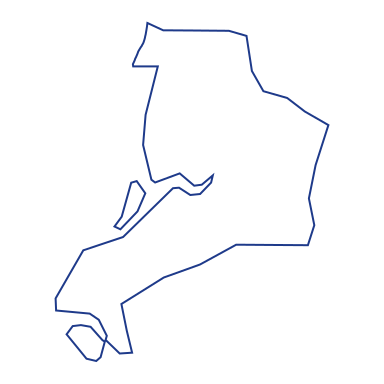 Ryongchon, P'yŏngan-bukto, North Korea (Equal Earth projection)
{"feature_id": "82179303B54196732560859", "entity_name": "Ryongchon", "entity_type": "district", "adm_level": 2, "iso_a3": "PRK", "parent_name": "North Korea", "parent_adm1": "P'yŏngan-bukto", "projection": "equal_earth", "projection_center": [124.373, 39.948], "detail": "fine", "context": "isolated", "style": "outline", "palette": "blue", "viewbox_px": 384, "rotation_deg": 0, "n_neighbors": 0, "source": "geoboundaries", "source_scale": "gbopen_adm2", "svg_char_len": 1195}
<svg xmlns="http://www.w3.org/2000/svg" viewBox="0 0 384 384"><path d="M246.5,35.9L228.9,30.8L193.1,30.5L163.2,30.3L147.4,23.0L147.2,24.7L147.0,26.4L146.7,28.3L146.4,30.2L146.0,32.4L145.7,34.3L145.2,36.3L144.9,37.9L144.5,39.4L144.0,41.0L143.5,42.5L142.9,43.8L142.2,44.9L141.7,46.0L140.8,47.2L139.9,48.7L139.0,50.2L138.2,51.6L137.7,53.1L137.2,54.4L136.5,56.0L136.0,57.2L135.2,58.7L134.8,60.0L134.1,61.6L133.5,62.9L132.9,64.2L133.2,66.4L144.3,66.4L157.8,66.4L145.6,114.8L143.1,145.0L151.4,179.7L155.1,182.5L179.7,173.4L194.2,185.7L201.8,184.7L212.8,175.4L211.1,182.6L200.1,194.0L190.3,195.0L179.0,187.7L173.0,188.2L123.1,237.0L83.3,250.3L55.6,298.4L56.1,310.5L89.7,313.6L98.8,319.8L106.8,335.8L105.6,339.9L119.7,353.5L132.1,352.7L126.8,330.8L121.4,304.0L163.8,277.5L200.0,264.5L236.2,244.7L278.0,245.0L307.9,245.2L314.3,225.2L308.9,198.4L315.6,165.1L322.0,145.1L328.4,125.1L304.8,111.5L287.2,98.0L263.4,91.2L251.9,71.0L246.5,35.9ZM100.6,357.2L104.8,341.7L102.4,340.1L90.6,326.8L80.9,325.1L72.7,326.1L66.6,334.3L86.5,358.7L96.2,361.0L100.6,357.2ZM137.5,211.4L145.3,193.3L136.7,181.1L131.2,182.7L121.7,216.7L114.5,226.5L120.4,229.3L137.5,211.4Z" fill="none" stroke="#1e3a8a" stroke-width="2"/></svg>